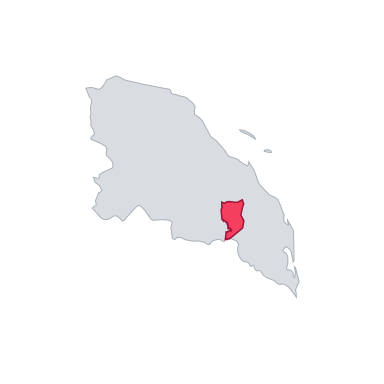 location of Dulce Nombre de Culmi, Olancho, Honduras, rotated 50°
{"feature_id": "27666195B72562154839723", "entity_name": "Dulce Nombre de Culmi", "entity_type": "district", "adm_level": 2, "iso_a3": "HND", "parent_name": "Honduras", "parent_adm1": "Olancho", "projection": "orthographic", "projection_center": [-85.246, 15.042], "detail": "fine", "context": "in_parent", "style": "filled", "palette": "rose", "viewbox_px": 384, "rotation_deg": 50, "n_neighbors": 0, "source": "geoboundaries", "source_scale": "gbopen_adm2", "svg_char_len": 5189}
<svg xmlns="http://www.w3.org/2000/svg" viewBox="0 0 384 384"><g transform="rotate(50 192 192)"><path d="M339.7,179.7L327.5,179.0L321.7,180.6L319.2,184.0L317.1,185.6L315.2,185.3L311.6,186.6L306.0,189.7L301.1,190.9L296.6,190.2L295.3,190.9L295.0,191.9L294.3,192.9L292.6,193.4L290.6,193.2L288.4,192.1L287.2,192.6L287.1,194.5L285.9,195.1L283.6,194.2L281.0,194.9L278.2,197.3L274.2,197.8L269.0,196.4L265.0,193.9L262.2,190.1L258.8,189.1L252.8,192.0L250.4,195.3L249.8,197.3L250.4,199.1L249.3,200.3L246.6,200.9L244.5,203.2L243.0,207.0L242.7,210.0L243.6,212.1L242.2,213.7L238.6,214.7L234.3,218.0L229.4,223.7L224.5,227.6L219.6,229.9L217.2,232.4L217.4,235.1L217.1,236.0L216.2,236.3L214.6,236.7L205.2,230.7L202.5,226.5L200.1,227.1L197.2,229.2L193.0,233.9L188.5,240.2L186.3,240.9L175.2,239.9L169.3,240.4L168.1,241.3L167.5,243.6L167.8,246.7L169.4,258.0L170.2,262.6L169.3,264.0L166.3,264.2L162.4,264.8L160.3,266.9L159.8,269.1L159.5,272.2L158.3,275.3L155.8,277.5L153.4,278.3L140.1,278.8L140.4,273.6L136.5,271.5L134.4,267.1L132.5,264.2L133.2,262.4L133.0,260.3L127.6,258.7L122.5,259.9L119.6,259.0L117.4,257.9L121.2,255.4L121.4,253.8L120.3,252.7L119.1,251.9L119.4,249.0L120.2,245.6L122.4,237.6L121.6,236.2L118.3,233.7L114.0,233.4L109.2,234.1L107.0,232.9L105.0,230.1L101.7,228.7L95.7,230.9L89.3,234.1L87.4,235.3L85.8,235.1L85.1,232.6L84.8,229.6L84.4,228.9L81.1,227.8L77.1,227.0L75.2,226.2L73.3,224.1L68.6,221.5L67.6,219.5L61.4,215.1L60.1,212.9L58.7,211.3L55.7,209.2L53.4,209.6L45.5,207.0L44.3,206.7L45.4,204.5L48.0,201.2L53.5,197.5L54.0,194.4L52.7,188.5L51.3,184.7L52.1,183.0L53.9,176.2L55.3,174.6L63.2,171.3L64.0,170.8L70.3,166.0L77.3,160.8L84.5,154.9L92.6,148.4L97.1,144.6L99.1,142.9L103.7,144.4L107.4,141.3L109.5,140.3L114.4,136.6L116.0,135.7L124.2,134.3L128.1,134.4L131.5,138.2L134.3,140.3L139.5,138.6L143.8,138.3L161.7,142.0L168.8,140.4L181.9,140.2L187.8,141.1L196.1,136.1L201.5,135.1L207.7,132.8L206.9,130.4L205.4,129.3L215.0,130.4L229.2,135.5L244.3,134.6L249.8,131.8L253.3,131.0L268.8,136.2L272.9,140.2L276.1,140.6L278.6,139.7L279.3,138.9L276.2,138.0L274.8,136.8L287.1,139.2L310.2,158.0L310.7,159.6L300.8,154.0L295.6,154.5L294.3,155.4L294.6,158.5L295.1,159.9L297.3,160.1L298.9,159.2L303.0,160.2L305.7,162.2L309.0,165.3L311.0,168.7L313.1,168.7L315.2,166.7L319.1,166.4L321.7,168.7L323.5,168.5L320.9,165.0L314.9,161.5L316.4,161.4L329.6,167.6L333.4,175.5L336.5,177.3L339.7,179.7ZM185.0,111.8L177.4,115.6L175.0,115.5L178.5,112.5L184.1,110.0L188.9,108.8L192.7,109.4L185.0,111.8ZM210.9,107.8L207.3,110.6L206.7,109.3L208.4,106.7L210.6,105.2L212.7,105.4L212.2,106.5L210.9,107.8Z" fill="#d9dde1" stroke="#a8b0b8" stroke-width="1"/><path d="M230.3,158.5L229.2,163.4L229.1,163.8L227.1,166.1L224.3,168.6L222.7,170.3L221.6,172.5L221.8,172.7L221.8,172.9L221.9,173.2L221.9,173.4L221.9,173.5L221.8,173.8L221.6,173.9L220.8,174.8L218.9,175.7L222.5,178.7L222.8,178.6L223.0,178.6L223.3,178.6L223.7,179.8L224.2,181.0L224.4,181.2L228.3,183.9L231.8,186.3L231.8,186.2L231.9,186.3L232.0,186.3L232.3,186.3L232.5,186.4L232.8,186.5L232.9,186.4L232.9,186.2L233.0,186.1L233.3,186.3L233.4,186.2L233.6,186.3L233.6,186.5L233.8,186.6L234.0,186.6L234.3,186.5L234.3,186.4L234.2,186.4L234.2,186.2L234.3,186.2L234.5,186.1L234.6,185.9L234.7,186.0L234.7,185.9L234.8,185.7L235.0,185.4L235.4,185.4L235.5,185.4L235.8,185.4L235.9,185.5L236.0,185.5L236.3,185.5L236.5,185.4L236.8,185.3L236.9,185.2L237.0,185.1L237.3,185.0L237.4,184.9L237.5,184.9L237.6,184.7L237.8,184.7L237.8,184.8L238.0,184.9L238.0,185.0L238.2,184.9L238.3,184.9L238.5,184.8L238.7,185.0L238.8,185.0L239.0,185.1L239.0,185.3L239.2,185.2L239.3,185.3L239.5,185.5L239.7,185.8L239.8,186.0L240.0,186.0L240.3,186.0L240.3,185.9L240.4,186.0L240.5,186.0L240.8,186.0L240.9,185.9L241.0,185.9L241.0,186.0L240.9,186.1L241.0,186.3L241.3,186.4L241.5,186.5L241.8,186.7L241.9,186.8L242.0,186.8L242.1,186.7L242.2,186.8L242.1,187.0L242.2,187.3L242.3,187.3L242.4,187.2L242.5,187.3L242.8,187.4L242.9,187.5L243.0,187.6L242.9,187.8L243.0,187.9L243.4,187.9L243.5,187.9L243.7,187.7L243.5,187.4L243.5,187.1L243.5,186.9L243.4,186.9L243.5,186.8L243.6,186.7L243.6,186.4L243.8,186.3L243.9,186.2L244.1,186.2L244.3,186.3L244.2,186.6L244.2,186.8L244.3,186.8L244.5,186.8L244.6,186.7L244.6,186.4L244.8,186.3L244.9,186.2L245.0,186.2L245.1,186.3L245.1,186.2L245.4,186.1L245.5,186.1L245.7,186.3L245.8,186.5L246.0,186.7L246.3,186.8L246.3,186.7L246.5,186.6L246.9,186.8L247.0,186.8L247.0,186.7L247.2,186.9L247.1,187.0L246.9,187.2L246.7,187.3L246.5,187.5L246.4,187.5L246.2,187.5L246.1,187.4L246.0,187.5L245.9,187.6L245.8,187.8L245.8,188.0L245.8,188.3L245.7,188.5L245.7,188.8L245.6,189.0L245.5,189.3L245.6,189.5L245.4,189.6L245.3,189.8L245.3,190.0L245.2,190.2L245.1,190.3L245.1,190.5L245.3,190.5L245.5,190.8L245.5,191.0L245.4,191.1L245.2,191.2L245.1,191.3L244.8,191.4L244.6,191.5L249.0,196.2L249.7,196.9L249.7,196.7L249.8,196.3L249.8,196.2L250.0,196.0L250.2,195.9L250.6,196.0L250.8,196.0L250.8,195.9L250.8,195.6L251.1,195.2L251.1,194.9L250.8,194.8L250.8,194.7L250.7,194.5L250.8,194.4L251.0,194.4L251.2,194.1L251.3,194.0L251.4,193.9L251.6,193.9L251.9,193.6L252.0,193.4L252.1,188.0L252.1,176.3L248.0,171.6L247.5,170.9L240.9,169.3L236.4,163.4L234.2,160.0L230.3,158.5Z" fill="#f43f5e" stroke="#9f1239" stroke-width="1.5"/></g></svg>